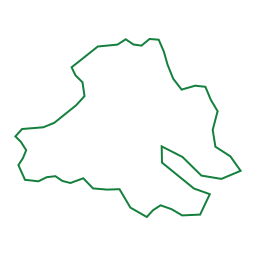 outline of Străşeni
{"feature_id": "MDA-1647", "entity_name": "Străşeni", "entity_type": "District", "adm_level": 1, "iso_a3": "MDA", "parent_name": "Moldova", "parent_adm1": "", "projection": "natural_earth1", "projection_center": [28.587, 47.172], "detail": "fine", "context": "isolated", "style": "outline", "palette": "green", "viewbox_px": 256, "rotation_deg": 0, "n_neighbors": 0, "source": "natural_earth", "source_scale": "10m", "svg_char_len": 771}
<svg xmlns="http://www.w3.org/2000/svg" viewBox="0 0 256 256"><path d="M217.6,111.2L212.7,129.9L215.4,146.7L230.4,156.4L240.6,170.8L221.4,178.9L201.4,175.6L182.5,157.0L161.7,146.4L162.0,162.6L193.9,188.5L209.8,194.2L200.1,214.6L182.1,215.4L171.6,209.2L160.6,205.3L153.0,210.2L146.8,217.0L130.4,207.6L119.5,189.2L107.0,189.6L93.0,188.4L83.3,178.3L70.3,183.0L62.3,180.9L55.4,176.2L46.7,177.2L38.4,181.3L25.0,179.8L18.4,165.1L22.9,158.2L26.2,150.2L20.9,141.9L15.4,136.4L22.1,129.0L43.2,127.3L54.3,122.8L76.3,105.1L84.5,96.1L82.5,82.3L75.5,75.4L71.6,67.3L97.8,46.5L117.5,44.6L125.7,39.3L133.5,44.5L141.5,45.6L149.5,39.0L158.7,39.7L163.8,51.5L167.6,64.8L173.2,78.7L181.6,89.6L195.2,85.7L205.4,86.8L210.8,99.8L217.6,111.2Z" fill="none" stroke="#15803d" stroke-width="2"/></svg>